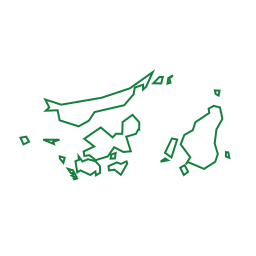 outline of Halmahera Selatan, Maluku Utara, Indonesia, rotated 279°
{"feature_id": "22746128B2838702785556", "entity_name": "Halmahera Selatan", "entity_type": "district", "adm_level": 2, "iso_a3": "IDN", "parent_name": "Indonesia", "parent_adm1": "Maluku Utara", "projection": "robinson", "projection_center": [127.53, -0.746], "detail": "medium", "context": "isolated", "style": "outline", "palette": "green", "viewbox_px": 256, "rotation_deg": 279, "n_neighbors": 0, "source": "geoboundaries", "source_scale": "gbopen_adm2", "svg_char_len": 1873}
<svg xmlns="http://www.w3.org/2000/svg" viewBox="0 0 256 256"><g transform="rotate(279 128 128)"><path d="M120.1,182.6L108.8,194.1L101.2,190.8L103.8,192.3L99.5,209.5L108.2,219.4L116.4,220.8L126.3,216.0L140.5,215.6L151.7,219.8L162.6,215.7L163.3,209.2L159.7,204.6L155.6,205.9L144.2,193.6L136.1,192.4L129.9,184.7L120.1,182.6ZM124.9,59.3L121.9,79.0L129.1,88.2L138.5,92.5L149.9,120.7L162.2,128.3L169.0,128.4L173.1,136.1L168.3,136.8L171.6,139.5L187.1,143.7L167.5,123.7L153.8,97.3L140.6,58.4L143.2,41.8L136.0,47.0L132.2,44.1L134.5,55.7L124.9,59.3ZM110.5,86.5L104.5,97.5L97.9,87.9L93.6,89.2L95.1,94.2L91.2,101.1L96.8,112.5L106.8,117.3L103.6,127.2L105.4,134.4L119.2,127.6L123.4,136.7L129.3,138.9L127.1,139.5L135.4,138.2L141.7,130.4L133.1,121.8L121.3,123.2L120.5,117.1L116.3,114.2L124.3,101.0L110.5,86.5ZM87.0,81.3L76.2,84.8L78.7,87.6L75.7,98.1L79.9,102.6L76.3,103.8L79.4,107.5L86.0,106.2L90.1,101.0L90.9,93.3L87.8,88.3L92.3,83.6L88.8,84.5L87.0,81.3ZM87.3,114.7L83.1,115.9L84.7,121.1L80.7,128.3L92.9,132.8L94.8,131.8L91.4,126.6L92.2,122.3L87.3,114.7ZM124.5,173.0L109.3,168.4L105.7,175.5L124.3,178.4L124.5,173.0ZM101.6,23.3L95.5,27.4L99.0,32.4L103.5,28.8L101.6,23.3ZM103.2,46.1L100.6,57.4L102.7,56.3L105.7,62.2L103.2,46.1ZM96.9,185.8L90.3,190.5L94.2,194.2L100.1,189.7L96.9,185.8ZM176.1,146.0L177.2,153.8L183.9,154.4L183.1,150.9L176.1,146.0ZM95.0,115.6L95.9,119.9L101.4,119.7L99.0,115.5L95.0,115.6ZM178.7,208.0L175.4,209.2L174.2,212.4L179.2,212.6L178.7,208.0ZM89.3,65.0L87.0,65.6L83.5,69.6L88.7,70.1L89.3,65.0ZM103.8,169.4L99.8,165.5L102.4,172.5L103.8,169.4ZM183.6,160.0L178.0,160.1L179.4,162.9L183.7,160.9L184.9,162.7L187.1,164.0L183.6,160.0ZM78.3,75.0L74.7,78.4L74.9,82.2L77.6,80.3L78.3,75.0ZM72.2,79.7L70.7,84.0L69.7,82.2L68.9,82.8L70.2,85.7L74.7,82.4L72.2,79.7ZM119.5,228.5L115.2,229.2L114.4,232.7L119.6,230.9L119.5,228.5Z" fill="none" stroke="#15803d" stroke-width="2"/></g></svg>